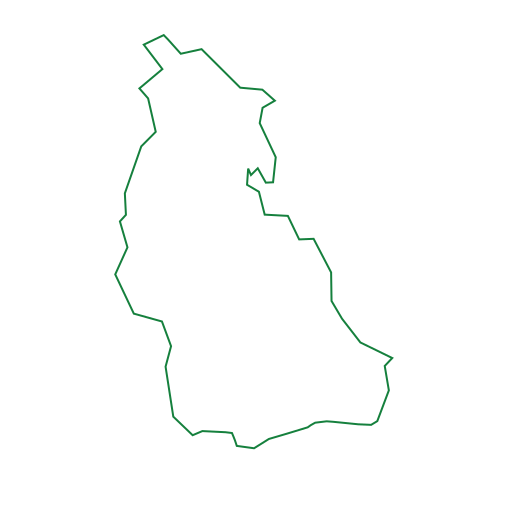 Gjorche Petrov, Gjorče Petrov, North Macedonia, rotated 195°
{"feature_id": "65306769B13037945767817", "entity_name": "Gjorche Petrov", "entity_type": "district", "adm_level": 2, "iso_a3": "MKD", "parent_name": "North Macedonia", "parent_adm1": "Gjorče Petrov", "projection": "mercator", "projection_center": [21.316, 42.053], "detail": "fine", "context": "isolated", "style": "outline", "palette": "green", "viewbox_px": 512, "rotation_deg": 195, "n_neighbors": 0, "source": "geoboundaries", "source_scale": "gbopen_adm2", "svg_char_len": 908}
<svg xmlns="http://www.w3.org/2000/svg" viewBox="0 0 512 512"><g transform="rotate(195 256 256)"><path d="M398.9,282.6L392.3,262.1L396.4,254.2L382.4,231.1L387.2,201.8L359.1,168.7L329.9,168.4L314.7,146.9L314.7,125.7L294.3,79.4L270.8,66.5L262.5,73.0L239.8,77.9L233.4,78.8L230.7,75.3L228.5,72.3L225.4,67.6L208.1,69.8L196.2,82.6L180.3,92.3L161.7,103.9L159.3,106.8L155.7,110.3L145.0,114.6L138.7,115.8L113.7,119.9L101.1,122.7L96.1,127.9L92.9,160.6L103.2,183.1L98.0,192.7L132.8,199.5L156.7,217.7L171.4,232.1L179.2,259.6L204.8,287.5L218.6,283.2L235.6,303.0L258.3,298.2L269.8,318.8L283.1,322.5L286.2,338.4L281.8,332.9L277.0,341.2L265.5,329.4L258.6,331.6L262.5,356.5L286.8,385.3L288.0,400.9L278.0,410.9L292.9,418.3L314.8,414.5L362.1,441.7L381.0,431.9L397.1,442.4L402.3,445.5L419.1,431.1L394.8,412.3L412.0,387.7L401.0,380.3L385.0,350.0L395.2,332.2L398.9,282.6Z" fill="none" stroke="#15803d" stroke-width="2"/></g></svg>